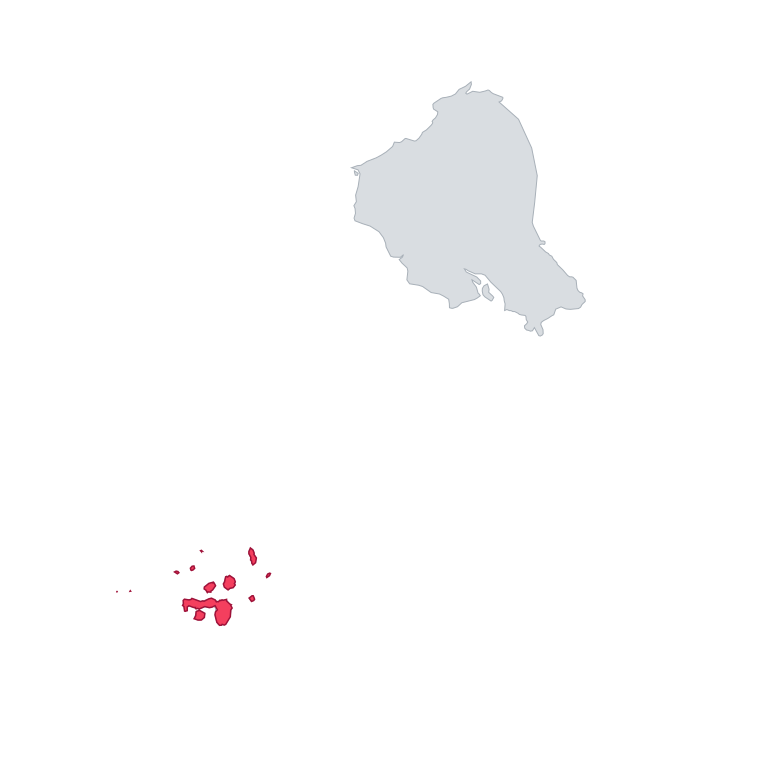 Ecuador, with Galápagos highlighted, rotated 298°
{"feature_id": "ECU-1270", "entity_name": "Galápagos", "entity_type": "Province", "adm_level": 1, "iso_a3": "ECU", "parent_name": "Ecuador", "parent_adm1": "", "projection": "robinson", "projection_center": [-90.747, 0.131], "detail": "medium", "context": "in_parent", "style": "filled", "palette": "rose", "viewbox_px": 768, "rotation_deg": 298, "n_neighbors": 0, "source": "natural_earth", "source_scale": "10m", "svg_char_len": 5588}
<svg xmlns="http://www.w3.org/2000/svg" viewBox="0 0 768 768"><g transform="rotate(298 384 384)"><path d="M691.7,319.0L689.6,320.5L684.6,321.1L680.7,319.7L679.1,319.7L678.9,321.2L684.1,324.9L686.5,331.6L690.1,335.7L692.4,337.8L692.6,339.2L691.8,341.9L691.6,344.1L692.9,354.3L692.0,354.9L689.2,354.9L687.0,353.2L680.9,378.5L661.7,403.6L639.9,421.5L614.8,431.9L596.3,439.0L593.5,441.8L584.4,454.4L584.0,455.7L585.2,457.8L585.3,459.2L584.0,460.1L582.8,460.2L582.3,459.5L581.9,458.0L580.7,456.5L579.3,456.0L578.4,456.4L578.4,457.8L576.5,464.6L576.4,468.0L575.6,469.3L575.6,472.2L573.7,475.0L572.3,479.6L570.8,481.0L568.8,488.1L566.0,495.2L565.8,497.6L566.7,499.3L567.0,500.7L565.7,505.0L559.3,509.3L557.6,511.4L556.9,513.7L557.3,515.7L557.1,517.4L555.0,518.0L552.9,522.0L551.3,522.9L547.2,521.5L544.2,521.5L541.9,520.3L537.4,513.5L535.7,509.5L535.2,504.1L530.7,500.5L524.8,501.4L523.1,500.2L518.7,497.8L515.0,495.2L512.2,493.9L510.1,494.5L506.6,498.9L503.2,500.9L501.7,500.8L499.7,499.5L499.4,498.0L504.4,490.3L500.7,490.1L499.4,488.5L499.2,486.5L498.6,484.5L499.4,482.0L501.3,480.7L504.2,481.7L506.2,481.8L507.6,479.4L510.3,477.6L510.8,476.4L509.4,472.7L509.0,470.6L509.4,469.5L509.3,465.4L508.5,463.9L508.4,461.6L507.7,460.4L507.4,457.5L505.5,456.0L511.6,453.3L513.8,451.2L516.5,449.3L518.9,446.4L520.4,443.6L524.1,430.5L527.5,422.2L527.0,418.3L524.1,412.9L523.5,405.1L523.8,402.7L523.4,400.9L521.5,404.1L522.0,415.7L520.3,421.0L518.0,422.2L516.5,421.3L517.3,412.8L515.6,414.4L512.9,420.1L508.4,424.4L508.1,425.8L507.1,427.6L503.6,425.9L501.0,424.2L492.3,414.6L486.7,412.6L483.2,409.3L482.5,407.9L482.1,406.0L485.6,404.0L489.2,401.3L489.6,395.3L489.5,390.7L486.9,382.7L488.2,372.3L487.5,368.3L484.5,359.6L486.7,355.3L494.8,352.1L497.3,350.0L499.2,343.1L501.0,339.0L504.6,340.7L507.4,340.5L503.6,339.0L500.5,332.8L500.0,329.9L506.0,321.5L509.1,319.3L512.9,314.8L516.1,308.1L516.9,297.5L515.5,289.9L514.5,281.8L516.4,279.7L521.3,278.7L525.3,276.1L527.3,273.7L532.0,274.0L537.4,270.3L546.1,268.5L558.3,264.2L560.9,260.5L559.7,253.8L564.2,257.9L566.3,261.0L572.6,264.5L580.0,270.9L584.8,274.1L590.1,277.1L597.8,280.1L602.4,279.6L604.5,284.4L606.2,285.8L610.6,287.4L611.1,288.0L612.8,296.8L613.8,298.1L617.6,299.5L622.3,300.1L624.2,299.8L628.3,302.2L634.7,304.2L637.0,304.5L638.0,304.1L638.4,303.2L640.3,303.4L643.1,304.5L647.1,304.7L649.6,303.7L650.0,298.8L651.0,297.7L653.8,295.9L655.3,296.2L662.8,300.2L664.3,301.5L666.2,304.2L669.8,308.3L673.6,310.9L679.4,312.0L685.1,316.2L691.7,319.0ZM102.2,313.5L104.5,316.2L105.7,323.9L113.1,332.0L114.1,336.5L113.4,338.6L113.8,339.4L117.3,342.6L119.6,346.0L115.7,353.8L107.4,357.1L98.5,357.0L96.8,356.2L94.4,353.2L94.0,350.5L95.3,348.0L99.9,344.1L106.9,340.6L107.8,337.9L105.0,335.3L103.0,330.2L98.6,326.6L96.4,315.6L95.0,315.0L92.0,316.5L90.5,315.2L90.2,314.5L93.5,312.0L94.1,310.2L98.9,309.3L101.0,310.8L102.2,313.5ZM136.8,346.8L134.8,346.9L129.1,342.8L129.5,338.8L131.8,336.2L139.2,334.8L142.3,337.3L142.0,342.1L139.5,345.5L137.5,346.2L136.8,346.8ZM512.7,438.7L512.0,440.3L508.5,440.2L507.5,439.6L508.3,432.0L509.3,429.5L512.2,427.1L514.6,426.0L517.7,426.2L520.9,428.4L517.0,432.3L514.1,433.4L512.7,438.7ZM96.5,333.8L92.8,334.5L89.7,333.1L88.4,330.9L88.1,327.6L88.4,326.5L95.3,325.2L97.5,328.0L97.5,332.1L96.5,333.8ZM170.5,352.6L166.2,354.3L163.8,352.7L163.5,351.7L165.9,349.1L168.3,347.7L170.4,344.7L174.2,343.0L175.4,343.4L176.1,344.0L176.4,345.0L175.1,347.4L172.8,349.1L170.5,352.6ZM127.9,328.5L126.2,329.8L119.3,328.3L117.1,325.9L118.9,322.6L120.3,321.3L124.5,322.5L128.7,326.2L127.9,328.5ZM133.5,370.5L132.0,370.6L129.9,368.8L131.5,365.5L134.4,367.3L135.1,368.5L133.5,370.5ZM557.9,262.3L555.8,262.6L554.9,260.6L557.4,258.3L558.3,257.8L557.9,262.3Z" fill="#d9dde1" stroke="#a8b0b8" stroke-width="1"/><path d="M117.4,343.4L119.9,346.1L118.5,346.9L117.4,351.0L117.4,352.8L116.7,352.5L114.9,355.1L112.5,354.8L106.3,357.6L97.5,357.1L96.2,356.2L95.8,353.9L94.6,353.6L93.7,352.0L95.1,348.3L100.8,343.1L103.6,342.2L106.4,342.9L109.0,338.9L106.3,337.0L104.5,334.8L103.4,330.3L98.4,326.3L98.5,325.0L97.2,323.6L97.3,322.8L98.2,322.5L97.3,320.8L96.6,315.8L94.7,315.0L91.5,316.7L90.0,315.2L89.9,314.5L93.6,311.8L93.9,310.1L95.5,310.2L98.6,308.3L100.3,308.8L101.8,313.2L103.1,314.7L104.5,315.0L105.8,324.1L107.5,325.9L107.7,327.1L112.1,330.2L113.9,332.2L114.1,336.3L112.6,338.8L113.4,338.1L113.9,339.9L116.2,340.7L116.1,341.6L117.4,342.3L117.4,343.4ZM140.2,336.6L142.4,337.5L141.8,343.0L139.5,345.6L137.5,345.6L136.7,347.0L133.3,346.4L131.3,343.9L129.0,343.0L129.7,338.4L132.1,336.0L134.1,336.2L139.4,334.7L140.2,335.3L140.2,336.6ZM97.4,333.5L93.5,335.0L89.9,333.6L88.2,330.5L87.6,326.5L90.8,326.6L94.8,325.0L95.4,325.3L97.5,327.4L97.4,333.5ZM172.5,343.4L176.5,343.0L175.9,346.3L173.7,348.8L172.4,349.2L170.5,353.0L165.9,354.5L162.7,353.2L163.7,351.4L165.6,350.2L166.0,348.8L168.4,347.8L170.7,344.4L172.5,343.4ZM128.3,326.5L128.8,326.8L128.5,327.5L126.8,330.0L121.8,329.4L119.8,328.4L118.9,328.8L117.8,326.1L116.9,325.9L118.4,323.5L118.6,321.4L120.4,320.7L125.8,323.0L128.8,326.2L128.3,326.5ZM135.1,366.9L135.6,368.0L133.2,370.8L131.6,370.6L129.8,369.1L131.7,365.4L135.1,366.9ZM130.2,302.7L129.0,301.6L129.1,300.7L130.5,299.5L133.0,300.1L134.1,301.6L132.3,303.4L130.2,302.7ZM161.6,370.5L163.3,371.8L163.4,372.7L161.0,372.9L158.1,371.4L158.8,370.5L161.6,370.5ZM119.7,287.3L121.2,288.3L121.7,290.1L121.1,291.5L119.4,290.7L119.7,287.3ZM150.7,300.3L151.4,300.9L151.1,301.9L150.9,301.3L150.2,301.6L150.7,300.3ZM81.8,257.1L82.3,257.1L82.1,257.5L81.8,257.1ZM75.1,245.7L75.2,245.1L75.4,245.7L75.1,245.7Z" fill="#f43f5e" stroke="#9f1239" stroke-width="1.5"/></g></svg>